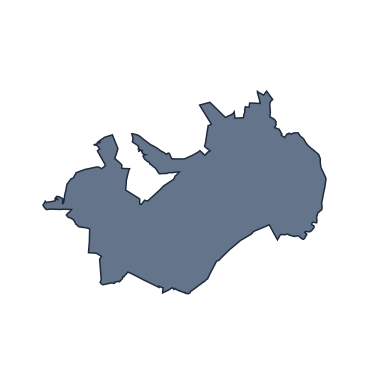 the district of Bochil, Chiapas, Mexico, rotated 299°
{"feature_id": "50627088B6808518022322", "entity_name": "Bochil", "entity_type": "district", "adm_level": 2, "iso_a3": "MEX", "parent_name": "Mexico", "parent_adm1": "Chiapas", "projection": "natural_earth1", "projection_center": [-92.951, 17.023], "detail": "fine", "context": "isolated", "style": "filled", "palette": "slate", "viewbox_px": 384, "rotation_deg": 299, "n_neighbors": 0, "source": "geoboundaries", "source_scale": "gbopen_adm2", "svg_char_len": 5948}
<svg xmlns="http://www.w3.org/2000/svg" viewBox="0 0 384 384"><g transform="rotate(299 192 192)"><path d="M100.2,235.2L101.1,237.7L101.7,238.5L102.1,238.7L102.7,239.0L103.2,239.1L104.3,239.0L104.9,239.1L105.5,239.6L110.4,241.9L112.8,242.8L115.7,244.3L118.2,245.2L119.0,245.9L122.7,247.2L123.7,247.8L124.9,247.6L130.6,247.3L135.9,247.2L143.3,247.0L145.4,248.7L148.4,249.4L159.8,252.8L173.1,257.9L183.8,264.2L187.5,265.1L200.7,275.5L191.6,289.9L197.7,290.0L198.0,290.8L198.6,291.7L198.9,292.4L199.5,293.7L201.0,295.4L201.4,295.7L201.6,296.6L201.5,297.5L201.5,298.4L201.7,299.2L202.2,300.4L202.3,301.5L202.4,302.3L203.1,303.5L205.0,305.8L205.2,306.4L205.0,307.6L204.7,308.7L204.5,309.9L204.4,311.8L204.6,312.3L205.1,312.5L205.7,312.9L206.0,312.9L208.0,312.9L210.3,313.1L210.5,313.0L210.7,312.8L210.9,312.6L211.1,311.6L211.1,310.3L211.2,310.1L211.4,310.0L211.5,310.0L212.4,310.5L212.7,310.8L212.9,311.1L213.2,311.9L213.5,312.7L213.8,313.6L214.1,314.1L214.9,314.7L215.7,315.1L216.5,315.4L218.0,315.6L218.9,315.8L219.7,315.9L220.4,315.9L221.1,315.4L221.4,315.2L221.5,314.9L221.4,312.6L223.2,311.9L224.3,312.6L224.8,314.1L225.2,315.5L225.6,316.0L227.3,315.2L229.3,313.9L231.5,312.6L232.4,312.8L233.5,312.5L234.3,312.2L235.0,312.3L235.3,312.4L235.5,312.6L235.8,312.8L237.4,313.1L238.4,313.8L239.2,314.0L240.9,313.6L242.6,312.6L244.1,311.5L245.5,310.6L247.0,310.1L248.3,309.8L249.0,309.5L257.0,306.9L260.2,306.0L268.0,303.0L268.8,302.6L269.4,301.8L269.8,301.5L271.6,298.8L272.6,297.6L273.5,296.2L276.1,292.7L276.5,292.4L280.0,289.9L283.2,288.1L283.8,287.4L286.2,284.6L287.8,276.6L288.1,274.3L288.3,273.6L288.8,271.2L290.3,267.5L292.6,263.8L293.5,259.3L295.2,256.1L294.5,255.0L294.2,254.4L293.7,253.5L292.9,252.4L292.2,251.7L291.5,251.3L290.9,251.2L290.5,248.5L290.2,248.2L289.5,248.0L289.2,247.2L288.6,247.0L287.3,246.9L287.0,246.8L284.6,246.7L284.7,244.9L284.9,242.7L285.0,242.5L285.2,242.4L285.3,242.4L285.5,242.5L285.6,242.4L286.3,242.5L286.5,242.3L286.8,241.8L286.9,241.4L287.2,240.7L287.6,240.3L288.0,239.9L288.2,239.1L288.5,238.4L288.7,238.2L289.1,238.0L288.4,233.0L291.5,233.0L292.3,232.3L292.7,232.0L294.2,231.6L294.2,231.4L294.3,231.3L294.5,230.6L294.7,230.3L295.0,229.9L295.1,229.4L295.3,229.3L295.3,229.0L295.4,228.7L295.6,228.1L295.6,227.3L295.5,223.7L297.1,223.0L299.7,221.9L306.3,217.5L309.3,216.8L312.0,217.7L316.4,208.3L311.5,207.7L311.4,201.7L311.7,200.5L310.6,201.1L308.4,203.3L305.9,205.8L302.5,208.7L297.8,199.3L297.0,199.5L296.3,199.9L293.8,200.7L293.2,199.5L292.9,199.3L292.8,198.9L292.7,198.1L292.6,197.6L292.3,197.3L292.1,197.4L289.4,198.3L287.3,199.5L285.1,199.8L281.9,201.0L277.4,193.8L282.5,190.0L280.7,189.9L277.9,188.5L277.9,188.3L273.4,185.0L279.1,164.1L271.7,156.5L260.7,176.1L257.5,173.9L257.0,174.4L254.4,175.2L241.7,179.9L238.0,180.9L237.3,184.2L236.8,187.8L235.8,187.5L234.8,186.6L234.3,186.6L233.1,186.1L230.4,185.4L232.0,178.9L230.9,178.3L230.2,178.2L229.7,177.9L224.7,174.9L217.2,169.3L212.5,160.8L211.3,158.1L214.8,153.4L214.4,152.2L212.6,151.5L212.8,149.3L212.9,146.8L212.8,145.0L213.1,142.9L213.4,139.6L213.4,138.9L213.5,136.8L213.5,135.8L213.3,133.0L213.5,131.3L214.2,126.8L214.3,125.7L214.5,124.2L215.0,121.7L215.4,119.8L215.5,116.8L214.4,112.6L213.7,111.1L211.4,113.4L210.7,113.9L210.3,114.4L210.3,114.5L206.9,115.6L206.4,121.9L206.1,122.5L205.4,123.2L205.3,123.7L204.8,124.0L203.5,124.2L203.8,125.0L201.9,125.8L202.3,126.2L202.6,126.1L203.2,126.5L203.6,126.1L204.1,128.5L203.0,128.4L202.5,129.4L201.8,129.8L201.9,131.2L201.6,131.4L201.6,132.2L202.0,133.2L200.1,131.7L199.5,131.9L197.8,134.5L197.0,138.7L197.4,139.4L196.5,141.5L196.1,141.6L196.0,141.8L196.0,143.1L195.5,145.4L195.1,148.6L192.8,152.8L192.1,154.5L192.3,155.1L193.2,156.2L195.8,160.7L197.0,161.8L197.8,162.5L198.6,164.1L199.6,165.8L200.5,166.9L201.7,168.5L203.3,171.2L200.9,170.5L199.2,170.1L197.9,169.6L194.1,169.8L183.7,164.3L182.8,164.0L178.0,162.8L162.5,157.5L161.8,154.5L156.7,153.8L156.1,152.1L160.5,149.7L160.7,148.2L161.5,133.1L170.8,128.8L171.9,128.5L176.1,127.3L179.3,126.5L180.5,126.1L182.1,126.1L180.0,122.0L179.0,119.8L178.7,119.2L179.5,118.5L181.5,117.7L182.4,115.3L182.9,112.7L183.1,112.0L183.9,108.1L188.1,107.5L194.0,106.2L203.4,94.6L197.4,89.0L190.5,85.7L190.8,86.9L190.8,87.5L190.1,87.1L189.4,85.6L189.1,85.4L188.5,85.5L188.1,85.3L187.4,85.3L187.2,85.0L186.9,84.4L186.7,84.1L186.4,83.9L185.8,83.6L185.8,83.9L186.7,86.3L185.0,90.4L182.6,89.4L182.1,89.3L173.7,103.1L172.0,103.1L168.5,101.6L168.6,98.5L168.1,97.2L167.5,96.3L159.5,87.1L158.9,86.7L152.6,81.2L151.4,81.6L150.3,81.3L148.9,81.3L146.7,81.4L144.9,79.8L138.9,79.0L138.1,78.9L131.8,81.0L129.8,81.5L126.7,82.5L124.1,83.6L123.4,83.9L122.7,84.2L121.0,84.5L120.2,84.8L119.4,84.9L119.2,84.3L120.0,84.0L121.2,83.3L123.5,82.5L123.5,78.9L123.4,77.9L123.2,77.4L122.6,75.8L121.7,75.7L121.3,75.5L120.3,77.9L119.7,75.5L118.0,76.7L115.4,73.6L112.3,69.7L112.8,68.1L111.7,68.3L108.3,68.0L107.3,69.6L106.4,71.8L106.0,73.1L106.4,73.7L107.6,75.3L109.0,77.6L112.7,84.9L112.3,85.1L112.8,85.1L114.6,87.9L118.3,95.1L115.3,94.6L113.5,93.8L112.1,93.4L110.9,93.3L110.7,94.1L110.0,95.2L110.0,95.6L109.9,96.7L110.2,97.3L110.3,97.7L110.3,98.8L110.3,101.4L109.2,103.8L108.9,104.2L107.6,106.0L107.4,107.7L106.7,109.4L106.7,109.6L107.2,111.3L109.1,116.2L109.9,118.7L110.1,120.4L98.6,126.4L88.7,130.9L91.0,135.6L92.1,138.4L91.8,144.0L88.4,143.8L71.0,155.3L68.6,155.3L67.6,157.4L67.7,158.6L67.7,159.1L72.8,164.9L73.2,165.5L73.7,166.1L74.0,167.5L74.3,168.2L74.7,168.5L76.1,168.3L76.5,169.2L77.0,169.8L77.6,170.1L78.0,170.8L78.1,171.2L78.3,171.3L78.3,172.1L82.3,173.1L83.2,172.9L83.7,172.9L84.5,172.7L84.8,173.5L85.4,173.5L86.1,173.6L86.7,173.7L87.9,174.2L88.6,174.2L89.5,174.4L90.3,174.7L90.9,174.7L91.3,179.2L91.6,187.9L91.6,191.4L92.6,209.4L93.6,208.9L93.8,210.9L93.9,212.4L94.1,213.1L89.5,215.2L92.7,217.5L94.2,218.6L98.8,221.2L98.0,223.4L99.2,223.6L99.1,224.3L99.3,228.4L99.6,229.6L99.8,231.5L100.1,233.4L100.3,234.1L100.8,234.7L100.2,235.2Z" fill="#64748b" stroke="#1e293b" stroke-width="1.5"/></g></svg>